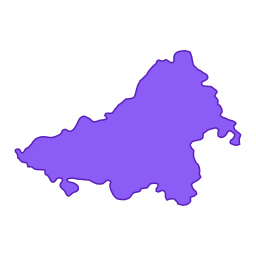 the district of Kirawsk, Mogilev, Belarus
{"feature_id": "67162791B61593564131840", "entity_name": "Kirawsk", "entity_type": "district", "adm_level": 2, "iso_a3": "BLR", "parent_name": "Belarus", "parent_adm1": "Mogilev", "projection": "robinson", "projection_center": [29.561, 53.344], "detail": "fine", "context": "isolated", "style": "filled", "palette": "violet", "viewbox_px": 256, "rotation_deg": 0, "n_neighbors": 0, "source": "geoboundaries", "source_scale": "gbopen_adm2", "svg_char_len": 4387}
<svg xmlns="http://www.w3.org/2000/svg" viewBox="0 0 256 256"><path d="M189.6,52.0L188.2,51.5L186.0,50.9L184.6,50.8L182.7,50.9L180.4,51.2L179.1,51.5L177.2,52.2L176.0,53.0L174.6,54.7L174.0,56.9L173.9,58.6L173.9,59.4L174.1,61.0L173.2,62.2L171.3,62.8L169.4,61.9L168.7,61.3L166.1,59.7L164.7,60.2L163.1,61.1L160.8,60.8L159.1,60.1L157.4,60.6L156.5,62.0L156.4,63.4L154.5,65.0L152.9,66.3L151.4,68.0L149.8,69.9L148.3,71.8L147.3,73.5L146.8,74.6L144.0,77.2L141.7,79.5L140.2,80.7L139.1,82.9L137.9,85.1L137.1,87.6L136.4,89.8L136.0,91.9L135.3,94.4L134.6,96.5L133.4,97.7L130.2,98.7L128.2,98.8L125.9,99.1L124.4,100.4L121.8,102.8L118.6,104.9L116.9,107.0L115.0,109.3L113.3,111.7L111.8,113.3L109.5,113.3L107.8,113.2L105.7,113.5L104.8,115.5L106.2,116.6L106.9,118.2L105.8,119.2L103.6,119.9L101.7,120.0L99.5,120.4L97.3,121.2L95.6,121.7L94.0,121.8L93.1,121.7L91.8,120.8L90.5,119.5L89.3,118.5L86.6,117.2L84.4,116.3L82.7,116.4L81.4,117.1L79.9,118.4L78.9,120.0L78.0,121.7L77.2,123.8L75.7,126.3L74.6,128.1L72.7,130.2L71.1,131.1L69.6,131.3L68.6,131.2L68.1,130.9L66.6,129.9L65.8,129.5L64.4,129.5L62.7,130.3L61.9,131.5L61.3,133.3L60.0,134.4L58.4,135.3L55.4,136.6L52.6,137.4L50.3,137.6L47.7,137.2L45.1,136.8L41.3,136.8L38.6,137.6L36.0,138.7L33.2,141.4L31.8,143.8L30.2,145.4L29.1,146.8L28.2,147.6L26.8,148.2L25.4,149.1L24.6,150.8L23.3,152.5L22.2,152.8L21.0,152.3L20.3,151.0L19.6,149.5L18.2,149.0L16.9,149.2L15.4,149.9L15.4,151.6L17.2,153.8L17.7,155.7L17.9,158.0L19.0,158.7L20.2,160.3L22.0,161.9L24.0,162.4L25.9,162.7L27.3,163.4L27.5,164.9L27.7,166.6L29.1,166.9L30.9,166.7L32.0,167.0L33.2,168.0L34.3,168.9L36.6,169.5L38.6,169.6L43.8,169.8L45.1,170.5L45.1,171.1L45.0,173.5L45.9,174.7L47.3,175.2L48.9,177.1L49.6,178.3L50.2,179.7L51.6,181.7L52.9,182.2L54.5,181.6L55.5,180.6L56.6,178.8L59.1,177.8L61.9,178.4L62.5,180.6L61.9,181.9L60.9,182.9L60.2,184.6L60.3,186.3L61.6,188.2L63.1,189.6L64.5,190.7L65.2,191.9L65.7,193.4L67.7,195.9L69.5,195.8L70.4,195.0L72.3,193.2L72.9,192.7L75.7,191.7L77.2,190.9L78.3,189.5L78.2,186.9L77.2,185.3L75.0,183.7L73.2,182.8L70.5,182.2L68.5,181.9L66.9,180.2L67.8,178.7L72.1,178.1L76.0,178.7L77.9,179.1L82.0,179.4L84.3,179.7L88.2,179.9L90.0,180.3L91.8,181.5L94.3,182.7L96.8,183.8L100.6,184.0L102.8,183.6L105.0,181.9L106.9,180.3L109.0,180.5L110.8,181.4L110.7,182.9L109.9,184.1L110.1,185.4L110.0,186.9L110.9,190.0L112.1,192.5L113.1,194.5L115.0,197.0L116.7,198.5L119.4,199.3L122.9,199.6L125.3,199.5L128.3,198.5L129.7,197.5L130.9,196.1L132.1,194.1L133.6,192.8L136.8,192.0L138.4,191.8L140.2,191.0L140.6,190.0L141.5,188.4L143.5,188.4L147.0,187.8L148.4,186.5L148.9,185.3L150.5,183.7L154.2,183.2L156.5,183.5L158.1,184.1L158.3,185.1L157.8,186.3L157.1,187.6L156.3,188.7L156.2,191.1L158.4,192.0L159.9,191.3L162.1,190.3L164.5,191.2L165.4,193.3L165.4,196.5L166.1,198.8L167.1,200.0L169.1,199.1L173.8,198.7L177.2,202.0L177.9,203.9L182.6,205.2L186.2,204.7L188.5,203.6L190.6,201.3L190.4,197.2L194.3,196.0L196.6,194.0L196.2,192.0L193.2,189.0L192.0,186.4L191.4,184.4L192.8,182.9L196.4,181.0L198.8,179.3L200.8,177.1L199.7,174.9L199.4,173.5L199.7,170.6L199.3,167.4L198.1,164.6L196.2,162.9L194.8,160.1L193.5,156.2L193.5,153.8L193.7,150.3L191.7,148.4L190.3,145.6L190.3,144.1L192.4,141.5L195.1,140.7L198.4,140.0L200.5,139.6L202.7,138.1L203.0,136.0L203.2,133.7L204.6,132.4L206.0,131.5L207.4,130.3L209.9,129.3L214.8,128.0L216.5,128.0L218.7,129.8L218.0,132.9L218.0,134.9L218.5,136.3L220.8,137.5L223.4,136.9L225.4,135.6L226.8,133.3L228.0,131.7L228.9,130.7L231.3,131.3L234.7,134.1L234.5,136.4L233.1,138.5L230.8,140.3L230.1,141.9L230.5,143.4L234.2,144.9L236.5,145.3L239.6,144.4L239.3,141.5L239.4,138.1L240.1,136.6L240.6,134.8L239.6,133.6L236.6,131.3L234.6,129.5L234.0,127.7L233.8,126.5L234.1,125.7L235.3,124.5L235.8,123.8L235.7,122.7L234.3,121.8L232.3,120.7L230.7,120.4L229.4,120.1L228.0,119.5L226.1,118.5L223.2,117.4L221.5,116.7L220.4,115.6L220.3,114.6L221.2,113.2L222.0,112.1L222.1,111.1L221.7,109.1L221.2,107.9L220.5,106.7L219.9,105.5L218.0,104.4L217.8,102.7L218.1,101.4L217.7,99.9L216.4,98.0L215.0,96.4L215.1,95.2L215.9,93.6L216.7,92.7L217.0,91.6L216.2,90.4L214.6,89.2L213.3,88.3L212.3,87.3L210.3,86.5L207.1,86.3L204.9,86.1L202.6,85.7L201.7,84.1L201.5,82.8L202.9,81.5L204.2,80.9L206.3,79.7L207.5,78.6L207.8,77.1L207.2,75.4L205.8,74.1L202.8,72.6L201.3,71.2L197.1,69.0L195.7,67.3L194.1,65.9L193.0,64.0L192.6,61.6L192.0,59.0L191.8,57.3L191.1,55.1L190.1,52.2L189.6,52.0Z" fill="#8b5cf6" stroke="#5b21b6" stroke-width="1.5"/></svg>